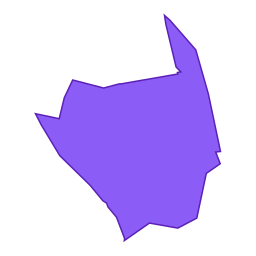 the district of Mary, Mary, Turkmenistan
{"feature_id": "10190150B47066979897930", "entity_name": "Mary", "entity_type": "district", "adm_level": 2, "iso_a3": "TKM", "parent_name": "Turkmenistan", "parent_adm1": "Mary", "projection": "equal_earth", "projection_center": [61.762, 37.519], "detail": "fine", "context": "isolated", "style": "filled", "palette": "violet", "viewbox_px": 256, "rotation_deg": 0, "n_neighbors": 0, "source": "geoboundaries", "source_scale": "gbopen_adm2", "svg_char_len": 506}
<svg xmlns="http://www.w3.org/2000/svg" viewBox="0 0 256 256"><path d="M177.4,72.5L177.8,74.0L120.9,83.9L119.2,83.9L103.6,88.0L72.7,80.0L64.3,97.7L59.2,118.7L35.5,113.7L41.2,124.8L59.8,155.7L90.2,185.4L102.8,200.7L106.6,203.2L108.0,207.0L116.5,217.2L124.6,238.5L124.3,240.6L149.4,223.1L177.8,228.1L196.8,218.1L206.3,173.4L220.2,163.7L215.7,152.0L220.5,151.5L208.4,94.1L195.8,49.9L170.2,20.5L164.5,15.4L165.9,24.4L176.1,67.0L180.8,71.9L177.4,72.5Z" fill="#8b5cf6" stroke="#5b21b6" stroke-width="1.5"/></svg>